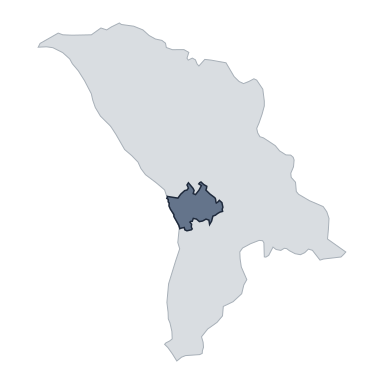 where Hîncesti sits in Moldova
{"feature_id": "MDA-1639", "entity_name": "Hîncesti", "entity_type": "District", "adm_level": 1, "iso_a3": "MDA", "parent_name": "Moldova", "parent_adm1": "", "projection": "natural_earth1", "projection_center": [28.404, 46.831], "detail": "fine", "context": "in_parent", "style": "filled", "palette": "slate", "viewbox_px": 384, "rotation_deg": 0, "n_neighbors": 0, "source": "natural_earth", "source_scale": "10m", "svg_char_len": 2830}
<svg xmlns="http://www.w3.org/2000/svg" viewBox="0 0 384 384"><path d="M38.2,47.2L40.1,43.4L58.2,33.1L62.8,34.8L72.2,35.2L91.4,34.8L100.9,28.0L106.7,29.9L111.4,26.9L119.4,23.0L120.5,23.9L121.5,24.5L133.7,26.2L142.9,29.9L149.1,35.5L155.4,39.0L161.9,40.4L165.5,43.2L166.3,47.5L172.4,49.7L183.9,49.6L188.8,52.4L187.0,58.2L188.2,60.1L192.3,58.1L195.4,59.8L197.1,64.0L198.9,66.0L204.8,59.4L211.0,60.1L226.0,62.8L234.1,76.6L239.1,81.5L243.5,83.6L249.0,81.4L253.9,78.8L256.7,80.1L262.8,89.2L264.3,101.1L264.3,106.0L262.1,114.1L259.1,122.8L256.7,128.4L257.7,132.9L259.9,136.7L263.5,137.9L275.2,145.6L279.6,150.9L285.9,154.9L290.7,155.1L293.2,157.3L294.1,160.0L293.5,166.8L290.8,173.2L291.2,177.4L295.5,182.2L296.0,187.9L296.3,191.5L298.6,194.3L309.3,200.6L323.2,206.6L326.8,211.8L329.0,218.4L328.4,229.4L327.5,239.0L345.8,252.0L343.7,254.4L341.0,257.0L323.6,259.0L320.0,260.1L312.4,250.3L308.4,249.1L304.7,252.7L300.4,254.7L295.1,253.7L289.4,250.7L286.6,248.6L284.3,248.3L280.8,250.4L276.1,249.5L273.0,247.1L268.7,255.4L265.9,257.1L264.3,256.9L263.9,242.8L262.6,240.7L259.1,240.4L250.6,243.7L242.6,248.0L239.8,251.9L240.1,258.8L241.3,267.0L246.8,279.6L243.8,285.0L241.7,293.7L233.1,301.7L223.3,306.4L222.5,315.9L217.0,322.4L207.7,329.0L201.5,336.8L203.1,342.2L203.5,347.3L202.4,350.7L202.2,353.4L199.7,354.6L185.5,355.6L181.5,357.2L176.8,361.0L172.4,353.9L167.9,347.6L164.6,344.3L166.0,342.8L169.6,341.0L172.2,338.9L171.9,331.5L170.0,323.0L168.3,318.9L168.1,312.4L166.9,302.4L168.6,283.8L175.8,260.4L179.7,248.8L177.8,242.5L179.3,227.6L176.2,220.3L171.4,210.7L164.6,189.9L156.1,182.7L145.5,174.7L141.0,168.7L138.0,162.1L131.7,155.6L124.6,149.5L116.0,134.5L111.6,127.7L110.2,125.8L100.5,116.2L95.3,107.5L92.8,100.3L91.3,93.7L84.5,80.6L78.3,70.8L72.4,63.8L69.7,58.9L62.7,52.6L52.9,47.7L46.5,46.8L38.2,47.2Z" fill="#d9dde1" stroke="#a8b0b8" stroke-width="1"/><path d="M169.0,205.1L169.2,203.8L169.2,203.0L168.2,201.9L168.3,200.5L168.3,199.3L166.8,198.4L167.6,196.7L167.5,196.4L168.3,196.6L177.9,198.1L180.8,194.1L184.7,190.6L186.9,190.1L188.4,188.2L187.8,186.6L187.0,185.0L188.4,182.8L193.0,188.3L194.1,190.5L193.2,193.6L195.5,194.6L199.0,190.2L201.4,185.6L198.8,183.9L199.7,182.7L201.0,182.0L203.8,184.6L206.8,186.3L206.5,188.3L205.9,190.1L209.9,194.0L214.3,197.3L215.3,198.3L215.7,199.9L215.8,201.6L216.3,203.0L217.9,202.0L219.3,200.3L221.9,202.6L222.9,207.2L222.2,209.3L222.6,211.4L220.0,212.1L217.6,213.5L215.4,215.2L212.9,216.1L211.6,221.1L209.6,224.5L208.9,220.1L206.0,219.1L202.6,221.0L199.4,221.6L196.5,219.1L193.3,218.4L192.8,219.8L192.3,221.3L190.9,221.3L189.9,222.1L191.6,224.2L191.3,226.4L191.5,227.6L192.2,228.9L191.4,229.8L186.9,230.8L184.9,229.9L184.2,227.5L181.3,228.1L179.8,228.7L179.7,228.2L178.8,225.2L173.9,216.6L173.9,214.5L170.4,209.2L169.0,206.0L169.0,205.1Z" fill="#64748b" stroke="#1e293b" stroke-width="1.5"/></svg>